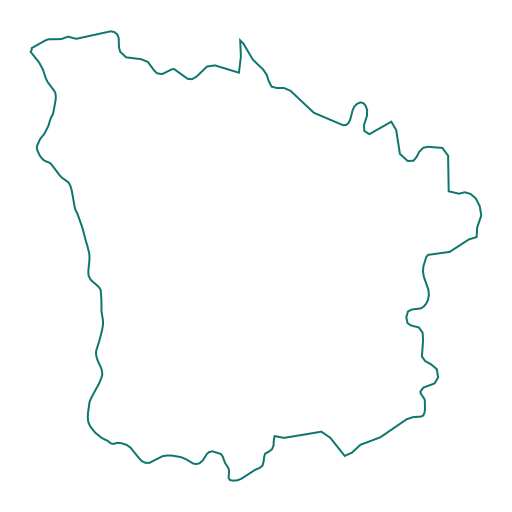 map outline of Nièvre (Mercator projection)
{"feature_id": "FRA-5329", "entity_name": "Nièvre", "entity_type": "Metropolitan department", "adm_level": 1, "iso_a3": "FRA", "parent_name": "France", "parent_adm1": "", "projection": "mercator", "projection_center": [3.438, 47.114], "detail": "fine", "context": "isolated", "style": "outline", "palette": "teal", "viewbox_px": 512, "rotation_deg": 0, "n_neighbors": 0, "source": "natural_earth", "source_scale": "10m", "svg_char_len": 3015}
<svg xmlns="http://www.w3.org/2000/svg" viewBox="0 0 512 512"><path d="M442.4,147.9L448.1,155.7L448.7,191.3L459.0,193.7L464.7,192.3L470.5,193.9L475.8,198.5L479.7,206.1L481.3,215.5L477.2,227.3L476.6,237.1L468.9,239.4L449.6,251.9L428.0,254.9L426.3,257.0L423.4,266.3L423.0,271.1L423.7,276.3L428.4,289.9L428.9,295.0L428.1,299.6L426.3,303.5L423.8,306.5L420.9,308.4L411.8,309.5L407.9,311.6L406.3,317.5L407.6,323.2L410.9,325.4L418.9,327.5L422.6,332.7L423.1,340.3L421.9,356.5L425.1,361.0L431.3,364.5L436.8,369.2L438.1,377.4L434.6,383.4L423.3,387.6L420.4,391.5L420.5,393.1L424.5,399.2L424.8,400.4L425.0,409.4L424.4,413.0L423.1,415.6L421.0,416.6L412.7,417.2L406.6,419.3L380.3,437.3L360.4,444.8L352.0,452.6L344.7,455.9L330.2,437.7L321.4,431.7L284.0,437.9L274.7,436.1L274.1,438.1L273.7,441.2L273.7,444.9L272.1,449.1L269.1,451.5L265.1,453.7L264.1,457.0L263.8,460.7L262.5,465.7L259.4,468.0L255.0,469.9L241.2,478.8L237.4,480.3L233.1,480.7L229.9,480.0L228.6,477.7L228.8,474.8L229.1,471.8L228.7,468.9L227.0,465.9L225.0,462.9L222.8,456.7L220.9,454.0L212.4,451.3L209.0,452.1L206.7,454.2L202.9,460.3L199.5,463.3L196.2,464.1L193.1,463.5L186.3,459.4L181.2,457.2L172.2,455.6L166.8,455.5L162.5,456.2L149.3,462.9L145.4,462.8L142.0,461.2L139.3,458.5L130.6,447.8L126.7,444.9L120.9,443.1L116.9,442.9L113.7,443.9L111.9,443.7L110.4,443.1L107.9,441.0L101.6,437.9L95.1,432.6L90.4,426.6L89.0,423.8L88.4,422.1L88.0,420.0L87.8,417.6L88.0,413.0L89.4,402.9L89.7,401.5L91.4,397.6L99.2,383.2L101.2,378.3L102.3,374.8L102.0,371.2L101.6,369.5L101.0,367.8L97.6,360.3L96.8,358.0L96.0,354.1L96.1,351.6L96.6,349.4L99.3,341.0L102.1,330.0L103.0,324.8L103.0,321.2L102.5,317.4L101.5,311.7L101.4,299.4L100.7,290.3L100.0,288.8L99.2,287.6L98.1,286.3L91.7,280.8L90.2,279.1L88.6,275.6L88.3,272.0L88.6,267.9L89.4,260.6L89.5,256.7L89.2,253.2L87.0,244.5L86.3,242.7L82.5,228.1L77.6,214.2L75.3,209.4L74.8,207.7L71.7,190.3L70.5,186.2L68.9,183.0L67.6,181.7L62.2,177.9L59.9,175.6L51.5,164.5L50.4,163.4L49.0,162.5L45.6,161.2L44.2,160.4L42.8,159.4L41.4,157.7L39.8,155.6L37.8,151.5L37.0,149.0L36.8,146.8L37.3,145.2L40.2,138.9L44.3,133.8L48.2,126.3L49.0,123.9L49.4,122.3L50.5,118.9L52.8,114.2L53.4,112.4L55.8,98.8L55.7,95.1L55.2,92.6L53.5,89.8L47.8,82.3L45.9,78.5L42.9,69.6L39.2,62.6L36.9,59.7L30.7,51.9L31.6,49.9L31.7,48.1L45.2,40.5L48.4,39.3L61.2,39.1L68.0,36.7L76.3,38.8L110.7,31.3L114.2,32.0L117.2,34.3L118.7,38.0L119.0,47.4L120.1,51.6L126.0,57.3L141.1,59.2L147.8,61.9L154.0,70.3L157.0,73.3L162.1,74.1L171.9,69.3L174.0,69.0L187.6,78.8L192.1,79.2L196.7,76.5L207.0,66.5L215.0,65.4L238.9,72.7L240.9,56.7L240.2,40.4L243.2,43.3L252.9,59.7L263.2,69.6L266.8,75.0L268.9,81.5L271.6,86.6L276.7,88.0L284.0,88.0L290.5,90.8L313.9,112.8L343.1,125.2L346.0,125.0L348.5,123.1L350.3,119.2L352.6,110.3L354.3,106.6L357.3,103.7L360.5,102.4L363.3,103.1L365.6,105.7L367.1,110.1L367.0,115.6L364.0,125.2L364.3,131.0L369.3,134.2L391.3,121.7L396.2,130.1L399.9,153.9L407.7,161.0L413.5,160.7L416.7,156.8L419.2,151.8L423.3,147.8L427.7,146.8L442.4,147.9Z" fill="none" stroke="#0f766e" stroke-width="2"/></svg>